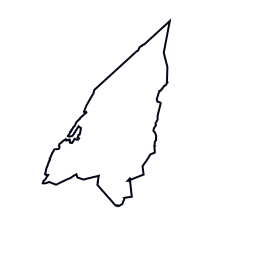 Kubulu pag., Balvu, Latvia, rotated 140°
{"feature_id": "27541924B35853557519757", "entity_name": "Kubulu pag.", "entity_type": "district", "adm_level": 2, "iso_a3": "LVA", "parent_name": "Latvia", "parent_adm1": "Balvu", "projection": "robinson", "projection_center": [27.241, 57.178], "detail": "fine", "context": "isolated", "style": "outline", "palette": "ink", "viewbox_px": 256, "rotation_deg": 140, "n_neighbors": 0, "source": "geoboundaries", "source_scale": "gbopen_adm2", "svg_char_len": 5229}
<svg xmlns="http://www.w3.org/2000/svg" viewBox="0 0 256 256"><g transform="rotate(140 128 128)"><path d="M27.2,183.1L61.9,181.6L62.2,181.8L62.9,181.9L63.1,182.2L63.5,182.3L63.9,182.2L64.7,181.9L65.8,182.4L66.4,182.3L67.0,182.5L67.2,182.4L68.2,182.0L70.5,180.8L72.1,181.2L129.3,178.8L132.0,176.9L132.4,176.7L145.3,172.0L151.4,168.7L151.0,167.5L149.7,167.3L149.7,166.9L149.8,166.7L150.1,166.5L150.6,166.6L151.2,166.5L151.4,166.5L151.7,166.6L152.2,166.7L153.4,166.6L154.5,166.6L154.8,166.6L155.2,166.4L155.5,166.4L155.9,166.5L156.6,166.5L157.3,166.4L157.5,166.4L157.8,166.5L159.0,166.0L159.3,165.9L159.5,166.0L159.8,166.0L160.3,165.9L160.6,166.0L161.3,165.9L161.6,165.8L162.3,165.8L162.8,165.7L163.7,165.7L164.8,165.2L166.1,164.5L166.9,164.1L167.6,163.9L167.9,163.8L168.8,163.9L169.0,163.9L169.7,163.6L169.8,163.5L171.2,163.1L171.6,162.9L171.8,162.9L172.4,162.9L172.5,162.9L172.6,162.7L172.9,162.5L172.9,162.4L173.0,162.4L173.5,162.3L173.7,162.2L173.9,162.1L174.1,162.0L174.3,161.9L174.5,162.0L174.5,161.9L175.0,161.8L175.3,161.8L175.4,161.7L175.8,161.5L175.9,161.4L176.4,161.3L176.5,161.2L177.4,160.9L178.0,160.8L178.2,160.7L179.0,160.6L179.3,160.5L179.3,160.4L179.2,160.2L179.0,160.3L178.9,160.3L178.9,160.2L179.0,160.1L178.9,159.8L178.9,159.7L178.5,159.2L177.6,158.6L177.1,158.3L176.2,157.8L175.8,157.8L175.6,157.8L175.0,157.8L174.8,157.9L174.7,157.9L174.6,158.0L174.4,158.0L173.8,158.1L173.7,158.2L173.3,158.2L173.1,158.3L172.7,158.4L172.5,158.6L172.1,158.7L171.7,158.8L171.4,158.9L171.0,159.0L170.2,159.3L169.6,159.5L169.0,159.7L167.7,160.1L164.8,161.1L164.3,158.6L164.1,158.2L166.5,156.1L167.2,155.5L167.9,155.1L168.0,154.9L169.1,154.1L169.3,154.0L170.3,154.6L171.9,153.3L172.1,153.3L172.7,153.1L172.2,151.5L174.0,151.2L174.8,152.1L175.4,153.1L175.8,154.0L177.7,153.4L178.4,153.1L180.3,152.5L180.6,152.7L180.7,152.8L180.9,152.7L181.0,152.8L180.9,153.0L181.2,153.4L181.2,153.7L181.4,153.8L181.3,154.1L181.5,154.2L181.4,154.3L181.5,154.5L181.6,154.8L181.5,155.0L180.9,155.3L180.7,155.8L180.3,156.2L180.5,156.3L180.4,156.4L180.5,156.5L180.5,156.9L180.7,157.0L183.4,158.1L183.3,158.4L182.7,158.8L182.7,159.2L182.9,159.1L183.0,159.2L183.3,159.3L183.6,159.4L183.7,159.5L184.1,159.5L184.4,159.7L186.6,159.8L187.8,159.7L188.8,159.7L189.3,159.6L190.5,159.8L190.9,159.8L191.4,159.3L191.8,159.1L192.2,159.0L192.5,158.8L192.5,158.7L192.5,158.4L192.6,158.0L192.6,157.8L192.6,157.5L192.6,157.4L192.8,157.2L193.6,156.8L194.1,156.5L194.5,156.5L194.9,156.7L196.2,157.7L196.5,157.8L197.0,158.2L197.2,158.3L197.6,158.7L197.8,158.8L198.2,158.9L199.2,158.8L199.6,158.3L199.9,158.1L200.2,158.0L200.9,157.9L201.2,157.7L201.5,157.6L201.9,157.6L202.2,157.5L202.7,157.1L203.2,156.8L203.9,156.7L204.3,156.6L204.7,156.1L204.8,156.0L205.6,155.7L205.8,155.6L206.4,155.4L206.7,155.1L207.1,154.9L207.4,154.9L207.8,154.8L207.8,154.5L207.9,154.4L208.1,153.8L208.2,153.7L208.4,153.6L209.1,153.5L209.4,153.5L209.6,153.3L210.2,153.0L210.9,152.6L211.6,152.3L212.4,151.8L212.9,151.5L213.8,150.8L214.2,150.6L214.7,150.6L215.2,150.1L215.8,149.9L216.3,149.7L216.5,149.5L216.8,149.3L217.0,149.1L217.4,148.9L218.1,148.2L218.6,148.0L218.8,147.8L219.3,147.3L219.5,147.2L219.9,146.6L220.1,146.5L220.6,146.4L220.8,146.4L220.9,146.1L221.0,146.0L221.2,145.9L221.2,145.6L221.1,145.4L220.9,145.2L220.9,144.7L220.9,144.4L220.6,144.2L220.0,143.9L219.5,143.6L219.3,143.4L224.4,141.8L224.9,141.7L225.5,141.7L225.9,141.7L226.9,141.7L228.3,140.7L228.8,140.4L227.8,139.5L226.9,138.8L226.0,138.4L225.3,138.1L225.2,138.1L224.1,137.7L223.7,137.5L223.0,137.3L222.9,137.2L222.7,136.6L221.7,134.7L221.1,133.6L220.2,132.0L219.6,130.8L215.5,129.8L212.4,129.0L209.4,128.2L208.8,128.1L205.4,127.1L204.5,126.7L203.9,126.6L201.6,126.5L197.3,125.7L198.6,122.5L198.1,121.9L195.2,117.1L195.0,116.9L194.5,116.7L191.2,115.2L188.5,113.8L186.1,112.7L183.9,111.5L183.3,111.2L181.1,110.2L185.6,106.4L185.4,106.3L185.8,105.9L187.2,104.7L187.8,104.2L188.0,104.1L188.0,102.8L187.9,95.5L187.8,95.3L187.7,89.4L187.7,88.2L187.5,84.4L187.5,82.2L187.5,81.8L187.4,76.7L186.8,76.5L185.8,75.6L185.7,75.5L186.3,75.0L186.2,74.9L185.4,74.2L181.4,73.4L181.2,73.4L178.5,75.0L177.2,75.5L176.0,76.4L175.9,76.6L175.9,76.9L174.6,76.2L169.3,72.9L161.2,85.0L160.5,86.0L161.2,86.4L161.2,87.1L162.1,87.7L158.9,88.2L158.8,87.8L158.9,86.6L146.0,82.3L141.4,89.4L137.6,90.4L134.4,91.2L127.8,93.4L123.3,91.9L119.6,96.9L119.4,96.8L119.1,96.9L119.2,97.1L119.3,97.2L119.3,97.3L119.0,97.3L118.9,97.4L118.9,97.5L119.0,97.6L116.0,100.4L115.9,100.5L114.7,100.5L114.4,100.5L114.1,101.0L111.4,104.0L110.3,107.2L110.4,108.7L110.4,109.2L110.4,109.3L110.0,109.8L109.4,110.3L108.3,111.1L107.9,111.3L104.9,112.1L104.6,112.3L104.3,113.5L103.9,113.9L102.9,114.3L101.5,114.8L99.8,115.5L99.7,115.6L98.1,117.6L97.0,118.7L87.2,125.8L86.9,126.1L86.9,126.3L87.1,127.0L87.8,128.3L88.2,128.9L88.6,129.2L88.6,129.3L88.4,129.4L88.2,129.8L87.8,131.2L87.6,131.5L80.1,136.3L79.9,136.2L79.4,135.6L79.2,135.8L78.6,135.8L78.3,135.8L78.1,136.0L77.7,135.9L77.5,136.0L77.4,136.1L77.2,136.1L76.8,136.0L76.7,136.2L76.5,136.3L76.2,136.1L75.8,136.3L73.0,137.0L72.1,136.6L71.0,136.7L70.5,136.8L70.1,137.0L69.5,137.5L68.5,137.6L68.6,138.0L68.6,138.3L66.8,140.2L58.7,149.3L57.7,151.2L57.0,152.8L52.2,162.7L27.2,183.1Z" fill="none" stroke="#020617" stroke-width="2"/></g></svg>